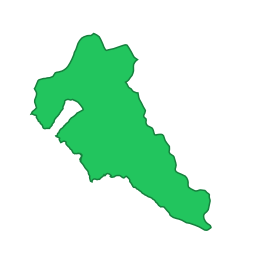 the district of Lapusnicel, Caras-Severin, Romania, rotated 190°
{"feature_id": "2599482B99041788642563", "entity_name": "Lapusnicel", "entity_type": "district", "adm_level": 2, "iso_a3": "ROU", "parent_name": "Romania", "parent_adm1": "Caras-Severin", "projection": "robinson", "projection_center": [22.192, 45.003], "detail": "fine", "context": "isolated", "style": "filled", "palette": "green", "viewbox_px": 256, "rotation_deg": 190, "n_neighbors": 0, "source": "geoboundaries", "source_scale": "gbopen_adm2", "svg_char_len": 5762}
<svg xmlns="http://www.w3.org/2000/svg" viewBox="0 0 256 256"><g transform="rotate(190 128 128)"><path d="M225.8,124.9L225.1,125.2L224.9,125.2L223.6,124.9L222.3,124.5L221.0,124.6L220.5,124.3L220.2,123.9L220.1,122.7L219.9,122.2L219.2,121.7L218.6,120.8L218.3,120.6L218.0,120.3L217.7,119.5L217.5,119.3L216.9,118.9L216.1,118.7L215.7,118.5L215.5,118.3L215.4,117.8L215.0,117.2L214.5,116.9L213.3,116.2L212.2,114.7L211.8,113.7L211.6,113.5L211.2,113.2L210.3,112.9L209.4,113.0L208.5,113.4L207.5,113.6L205.2,114.0L205.0,114.6L204.8,115.4L204.4,115.7L203.3,117.5L203.3,117.8L203.4,118.3L203.2,118.7L202.3,120.4L201.9,121.0L201.9,122.5L201.8,123.5L201.6,124.0L201.3,124.4L200.9,124.9L200.9,125.2L200.9,125.5L200.7,125.7L200.6,126.0L200.2,126.4L200.0,126.7L199.6,127.2L199.0,128.2L198.7,129.0L198.1,129.8L197.8,131.0L197.3,131.9L197.2,132.4L196.4,134.0L195.9,134.6L195.4,135.8L195.4,136.0L195.6,136.4L195.8,138.1L195.5,138.4L194.8,141.8L195.0,143.3L195.0,143.6L194.9,143.9L193.8,145.0L192.1,145.8L191.7,145.8L189.3,145.6L187.5,146.5L186.1,146.1L185.8,145.8L184.8,145.9L184.4,145.6L183.6,145.4L181.6,144.7L178.7,142.3L176.1,139.8L175.3,138.3L176.0,137.5L179.8,134.5L180.9,133.7L181.1,133.1L181.9,131.9L183.0,130.4L183.6,130.0L184.5,128.9L185.5,128.2L187.0,125.8L187.4,124.3L188.0,123.2L188.6,122.5L188.9,122.3L189.6,121.6L189.7,121.3L190.6,119.7L190.9,119.6L191.1,119.1L191.5,118.7L191.4,118.5L192.2,117.2L192.9,116.3L194.0,115.3L194.3,114.8L195.2,112.7L195.2,111.6L195.3,111.4L196.0,110.8L196.2,110.5L196.4,109.8L196.4,108.3L196.7,108.1L197.7,107.7L197.3,107.2L195.1,106.7L193.6,106.2L193.5,105.8L193.7,105.1L193.7,104.8L193.6,104.5L191.7,102.0L191.3,102.2L189.7,103.5L188.7,104.0L187.8,103.9L186.8,103.5L186.5,103.3L186.5,103.1L186.5,102.3L186.3,101.7L185.9,101.1L183.7,99.4L182.6,98.8L182.1,98.4L181.6,97.7L181.2,97.3L179.7,96.6L179.0,95.6L177.7,94.0L176.1,93.4L175.4,93.7L174.2,93.8L173.6,93.9L173.4,94.1L172.7,94.5L172.1,94.3L171.5,94.5L170.4,94.1L169.9,93.5L169.6,93.6L169.6,94.0L169.3,93.7L169.2,93.3L169.0,93.2L168.8,93.4L168.7,93.4L168.6,93.2L168.8,92.6L168.6,92.4L168.7,91.6L168.8,91.4L169.2,91.2L169.3,91.1L169.2,90.9L168.8,90.8L168.7,90.5L168.8,90.3L169.0,90.3L169.7,89.8L169.8,89.4L169.7,89.3L169.4,89.2L169.0,89.1L168.9,88.7L169.5,88.5L169.3,88.3L169.5,88.1L169.4,88.0L169.1,88.0L169.0,87.7L168.8,87.5L168.8,87.4L169.1,87.0L168.8,86.6L168.3,86.3L168.2,86.1L166.1,84.4L163.0,81.0L160.4,78.9L159.5,77.9L159.4,77.4L159.1,76.5L158.8,75.8L157.6,74.4L157.4,74.2L157.3,73.5L157.2,72.6L156.7,71.3L155.6,69.1L154.1,68.7L154.1,69.9L154.0,70.3L153.6,71.1L153.1,71.6L151.6,72.1L149.7,71.8L149.2,71.9L148.1,72.4L147.2,72.5L146.7,73.1L146.6,73.4L146.2,74.0L144.4,76.0L144.2,76.3L143.9,76.7L143.5,77.7L142.9,77.1L142.7,77.0L142.4,77.1L142.2,77.3L141.8,78.2L141.4,78.8L141.2,79.1L140.4,79.6L138.8,79.5L138.2,79.4L137.7,79.1L136.4,78.3L136.3,78.1L137.0,77.5L137.1,77.3L137.0,77.2L136.3,76.8L135.4,76.7L135.2,76.7L134.7,77.0L134.2,77.1L133.0,77.6L132.2,78.5L131.8,78.8L130.6,79.3L129.3,79.5L128.5,79.7L127.5,79.7L125.5,78.7L125.2,78.5L123.9,78.1L123.3,78.2L122.8,78.7L122.6,79.0L122.0,79.7L121.4,80.1L121.0,80.1L120.4,79.8L119.9,79.3L119.2,79.1L118.8,78.6L118.2,78.3L117.9,78.0L117.2,77.0L117.1,76.4L117.1,76.0L116.9,75.7L116.5,75.1L116.0,74.8L114.9,73.7L113.9,72.4L113.7,72.3L113.1,71.4L112.6,70.9L112.0,70.6L111.1,70.7L110.5,70.9L109.6,70.3L108.8,69.6L107.7,69.4L107.1,69.1L105.8,68.3L104.4,67.8L102.7,66.4L101.7,66.0L101.3,65.9L100.6,65.6L100.0,65.2L98.0,64.7L96.2,63.9L95.7,63.8L94.6,63.7L92.6,63.2L91.9,62.8L91.3,62.3L89.6,61.7L88.7,61.0L87.7,59.8L86.1,58.9L84.4,57.2L82.0,56.0L81.0,56.4L79.5,56.5L78.3,56.2L77.7,55.5L76.8,54.8L75.1,53.4L72.7,51.6L71.2,49.3L67.9,47.8L64.3,47.3L62.2,47.2L58.9,46.6L54.1,44.9L50.7,44.9L45.2,44.0L40.6,43.0L34.9,40.9L33.8,40.9L32.5,41.1L31.3,41.9L29.0,44.3L29.4,45.3L30.0,46.1L31.0,46.7L32.6,47.4L34.1,48.2L35.6,49.4L37.5,52.0L38.2,54.1L38.3,55.7L37.7,57.1L35.9,59.3L34.8,61.5L34.7,63.1L34.5,70.3L34.8,71.5L35.6,73.0L36.1,74.5L36.3,76.4L37.0,77.1L39.3,78.2L40.3,79.1L41.5,79.8L45.7,79.6L46.8,79.3L48.4,78.4L50.2,77.7L51.9,77.9L55.8,79.1L58.0,80.2L58.3,80.7L58.7,81.5L59.0,82.4L59.4,85.1L60.1,86.9L61.5,89.0L63.3,90.5L67.1,91.6L71.0,92.5L73.0,93.3L74.0,94.5L74.4,95.8L74.2,97.8L74.2,99.8L75.0,102.0L77.7,107.5L78.5,108.3L82.3,110.0L83.4,111.6L83.4,113.0L83.5,114.4L83.8,115.8L84.1,117.1L86.8,119.5L89.2,122.0L91.7,126.5L93.0,127.4L94.1,127.5L95.4,127.3L96.6,127.0L98.5,126.4L99.1,125.9L100.7,126.1L101.5,127.4L102.7,130.1L103.9,131.8L104.7,132.3L108.5,133.4L109.3,133.7L110.7,135.1L111.4,136.9L111.4,138.5L111.8,140.0L113.2,140.9L114.4,141.8L114.7,142.9L114.5,144.2L114.1,145.5L113.9,148.1L114.4,148.9L116.7,151.6L119.1,154.9L121.7,158.1L122.7,159.9L124.3,164.3L125.5,164.1L127.2,164.4L129.0,164.8L130.3,165.6L131.0,166.4L131.8,167.1L132.9,167.5L134.0,167.9L134.8,168.6L136.7,171.2L138.4,172.7L137.0,173.8L135.9,175.2L135.6,175.7L134.3,178.5L133.2,180.5L132.7,182.9L132.5,185.2L133.4,189.8L133.5,191.7L132.9,193.5L132.1,195.2L130.5,197.0L132.3,197.8L134.1,198.7L135.4,200.1L138.0,203.5L140.8,206.8L143.3,209.4L144.3,209.5L145.4,209.3L147.3,208.4L156.1,203.5L160.6,201.7L162.6,200.7L163.8,201.1L165.8,203.5L167.2,205.9L168.8,208.3L170.4,210.6L172.2,212.8L174.3,213.9L176.6,214.7L178.2,215.1L180.3,212.7L182.3,212.3L184.2,211.8L187.2,210.1L189.2,208.4L190.8,205.6L191.9,202.6L192.9,196.2L193.9,193.2L194.1,190.5L195.2,185.8L196.4,181.9L197.9,178.1L199.3,175.9L200.9,174.2L202.7,172.7L206.0,171.1L208.0,170.4L209.2,169.7L210.9,165.7L213.6,164.0L216.4,163.2L217.8,162.5L219.9,162.0L224.0,160.0L224.8,159.0L225.4,156.4L226.4,151.8L227.0,150.5L224.7,147.7L224.2,146.7L223.9,145.6L223.9,143.7L224.7,139.3L224.4,137.3L222.9,134.6L221.6,131.9L222.4,130.7L223.2,129.6L225.0,127.5L225.8,124.9Z" fill="#22c55e" stroke="#15803d" stroke-width="1.5"/></g></svg>